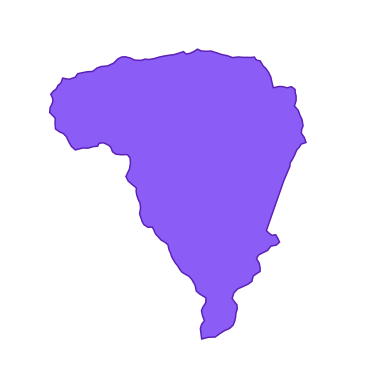 the district of São Roque do Canaã, Espírito Santo, Brazil, rotated 78°
{"feature_id": "56859067B1151927848611", "entity_name": "São Roque do Canaã", "entity_type": "district", "adm_level": 2, "iso_a3": "BRA", "parent_name": "Brazil", "parent_adm1": "Espírito Santo", "projection": "mercator", "projection_center": [-40.674, -19.727], "detail": "fine", "context": "isolated", "style": "filled", "palette": "violet", "viewbox_px": 384, "rotation_deg": 78, "n_neighbors": 0, "source": "geoboundaries", "source_scale": "gbopen_adm2", "svg_char_len": 2378}
<svg xmlns="http://www.w3.org/2000/svg" viewBox="0 0 384 384"><g transform="rotate(78 192 192)"><path d="M73.0,102.9L72.6,106.6L71.7,110.3L71.0,113.8L69.5,118.8L69.0,124.4L66.0,129.1L63.7,134.4L61.5,138.1L59.8,141.1L58.1,143.9L57.4,148.5L56.0,153.5L53.4,157.0L54.9,160.7L55.9,165.2L55.9,168.9L52.9,171.2L53.4,175.3L53.9,181.0L53.4,186.4L53.2,191.7L53.2,196.2L53.7,202.0L53.4,206.9L52.2,210.3L52.7,213.9L51.9,217.6L50.9,220.9L48.0,224.6L45.9,229.1L45.3,232.6L46.4,236.9L49.7,241.9L51.1,248.4L50.4,254.9L50.9,259.0L53.4,264.1L52.6,269.4L52.5,274.0L52.5,279.2L55.5,282.4L56.2,288.9L53.7,294.8L58.1,297.6L59.9,300.9L63.0,303.4L64.6,306.8L67.0,309.8L71.1,308.9L74.3,309.1L77.3,311.1L80.1,313.3L84.7,314.7L87.6,312.8L91.3,310.4L96.4,311.7L102.0,312.4L105.6,309.1L107.9,305.8L111.9,303.3L118.4,301.8L122.5,300.4L126.6,297.4L126.4,293.1L126.3,289.4L127.5,284.4L127.1,278.8L127.6,274.8L125.0,272.7L125.5,268.3L128.7,264.1L131.3,262.1L136.1,261.4L139.2,258.6L140.8,253.6L142.0,247.4L145.7,245.6L150.6,246.1L156.5,248.4L163.1,253.4L168.1,252.1L172.7,248.6L176.4,245.6L180.2,246.6L184.2,246.6L188.3,246.1L192.1,245.2L196.8,245.6L202.4,247.8L206.1,247.4L210.5,246.9L214.0,245.8L217.2,242.6L218.2,238.0L221.4,237.2L225.5,236.3L232.6,232.2L235.6,228.9L238.6,226.5L243.5,226.5L247.4,225.7L250.8,225.4L254.5,224.3L258.3,222.9L261.3,221.3L265.3,220.0L268.6,218.3L271.4,215.3L273.9,212.4L277.7,210.3L283.7,208.4L289.8,208.4L293.8,205.3L298.5,200.3L303.2,201.6L306.9,205.3L309.9,207.4L315.5,207.4L320.5,206.6L323.3,210.0L327.2,212.2L337.8,213.1L337.5,206.1L338.7,199.6L336.3,194.2L334.3,188.8L333.3,183.6L330.8,179.5L327.3,177.1L324.0,175.6L319.6,174.2L316.0,172.1L311.6,171.5L307.6,173.6L304.4,174.8L299.5,172.1L296.3,167.6L295.0,161.4L293.8,156.3L291.9,152.0L287.0,149.7L285.2,145.5L283.9,141.9L280.2,141.1L275.4,141.1L270.5,142.8L267.4,139.8L266.2,135.5L264.8,130.1L261.3,126.1L261.5,120.7L259.2,116.8L255.3,117.7L251.2,119.0L251.0,122.8L248.2,125.3L245.2,127.3L200.1,99.9L187.4,91.0L183.9,89.9L181.3,87.3L176.7,83.6L172.6,80.8L170.7,78.0L167.9,75.4L167.3,70.2L162.1,70.8L157.3,72.8L154.0,71.9L150.4,69.6L144.0,69.3L139.5,70.4L134.1,71.2L129.1,73.9L124.3,71.2L119.8,70.2L116.6,70.4L113.1,69.9L109.7,72.7L109.8,77.5L107.8,81.3L106.9,84.9L106.9,90.8L101.4,91.0L95.8,91.0L90.8,92.3L86.5,94.1L83.5,96.2L78.0,98.0L76.3,101.6L73.0,102.9Z" fill="#8b5cf6" stroke="#5b21b6" stroke-width="1.5"/></g></svg>